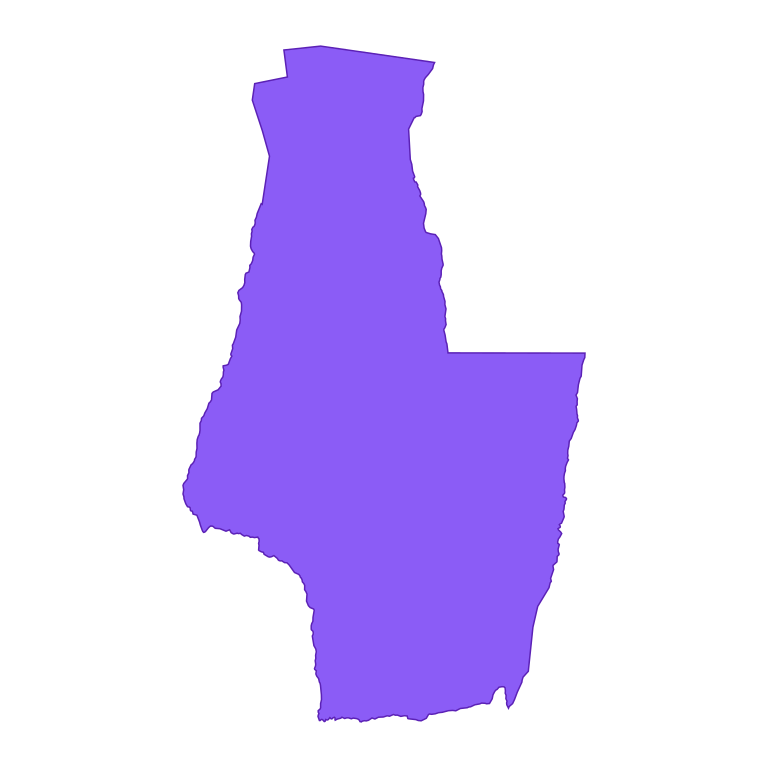 Ullum, San Juan, Argentina (Equal Earth projection)
{"feature_id": "61730980B46716169011508", "entity_name": "Ullum", "entity_type": "district", "adm_level": 2, "iso_a3": "ARG", "parent_name": "Argentina", "parent_adm1": "San Juan", "projection": "equal_earth", "projection_center": [-68.925, -31.048], "detail": "fine", "context": "isolated", "style": "filled", "palette": "violet", "viewbox_px": 768, "rotation_deg": 0, "n_neighbors": 0, "source": "geoboundaries", "source_scale": "gbopen_adm2", "svg_char_len": 6116}
<svg xmlns="http://www.w3.org/2000/svg" viewBox="0 0 768 768"><path d="M261.2,203.7L257.2,213.5L256.4,217.2L255.0,220.2L255.2,222.9L254.9,224.5L254.0,226.5L252.9,227.2L251.8,229.4L252.1,231.3L251.4,233.8L251.6,236.3L250.7,241.4L250.5,246.2L251.1,248.7L252.7,251.6L254.2,253.2L254.5,254.2L253.1,257.2L252.7,260.4L252.0,262.2L251.1,264.0L249.8,265.3L249.9,267.7L248.9,272.0L246.0,273.2L245.3,274.5L244.7,279.5L244.8,282.6L244.0,285.3L242.6,287.6L238.9,290.4L237.8,292.8L238.6,295.6L238.7,298.6L239.3,299.8L241.3,302.4L241.6,305.0L241.5,311.2L240.0,316.5L240.2,320.0L239.8,323.4L236.7,330.0L235.7,337.2L233.3,343.7L232.4,345.2L232.7,348.7L230.8,354.1L231.0,355.1L231.8,356.0L231.7,356.5L230.4,358.6L228.3,364.3L226.5,365.2L223.2,365.8L223.1,367.1L223.9,370.3L223.4,371.9L223.3,374.8L222.9,376.9L221.2,379.3L220.3,381.4L220.4,382.5L221.0,383.4L221.1,386.1L218.1,389.8L213.2,392.0L212.0,393.4L211.5,400.0L210.1,402.1L208.9,403.2L207.3,408.6L204.8,413.0L203.8,415.8L201.5,418.3L201.3,420.6L200.0,423.2L200.0,430.4L199.6,433.1L198.9,435.4L198.3,436.2L197.2,439.6L196.9,443.1L197.0,448.4L196.2,452.1L196.1,456.4L195.7,457.6L194.6,459.3L194.5,460.5L193.8,461.9L192.5,463.7L191.1,464.8L189.1,469.0L188.8,470.0L188.9,472.7L187.5,475.6L187.6,478.5L187.3,479.2L183.8,483.4L183.0,485.4L183.7,489.8L183.0,494.0L183.9,496.8L184.0,498.8L185.8,503.8L187.5,506.7L189.6,507.2L190.1,507.8L190.4,510.2L190.8,510.8L192.4,511.3L193.1,514.1L196.9,515.2L199.5,521.9L200.4,525.2L202.1,529.9L202.8,531.5L203.7,532.4L204.7,532.1L205.6,531.4L208.6,527.6L210.4,526.1L212.1,526.1L213.0,526.4L215.2,528.3L219.9,528.7L226.0,531.2L229.6,529.8L231.2,532.7L233.3,533.9L234.0,534.0L237.2,533.2L238.4,533.6L240.4,533.3L241.5,534.4L244.3,536.1L246.4,535.5L248.9,536.1L250.3,537.3L252.4,537.1L254.5,537.6L257.8,537.1L258.2,538.0L258.9,538.6L259.2,541.1L258.6,543.4L259.0,545.3L258.6,550.0L259.1,550.6L261.3,551.8L263.4,552.3L264.1,554.3L268.3,556.8L269.8,557.1L271.6,556.7L273.9,555.6L277.3,558.4L278.3,560.0L279.2,560.6L280.4,560.9L281.8,560.8L284.5,562.6L287.0,562.8L289.1,564.9L294.5,572.5L298.8,574.4L299.9,575.8L300.4,577.3L301.1,577.9L302.0,579.6L302.4,581.9L303.8,583.5L304.7,585.4L304.6,589.7L305.9,591.6L307.0,594.1L306.5,601.1L308.4,605.7L310.2,607.6L313.6,609.0L314.2,610.3L313.0,617.3L312.9,621.3L311.7,623.7L311.2,625.8L311.2,629.1L311.4,629.8L312.9,631.2L313.2,632.3L313.2,634.2L312.3,636.0L313.9,645.6L315.8,649.0L316.3,651.8L315.6,655.3L315.8,658.4L315.2,660.7L315.7,664.2L315.5,666.0L314.5,668.5L314.7,669.4L316.3,670.7L315.9,673.6L316.0,674.4L316.8,676.2L318.6,678.6L319.4,682.1L320.1,683.3L320.5,685.5L321.4,694.8L321.5,699.6L320.6,703.6L320.6,707.8L320.1,709.0L318.2,710.6L318.2,712.1L318.9,713.5L318.2,715.2L318.0,716.5L319.4,720.5L320.0,720.6L321.3,719.5L321.9,719.4L322.8,719.9L324.2,721.5L324.7,721.5L325.3,721.0L325.7,719.5L327.1,720.0L328.3,719.6L329.9,717.6L331.2,718.9L332.1,718.8L333.2,717.7L334.4,717.3L335.1,718.1L335.0,719.6L335.2,720.2L337.2,719.1L340.8,718.2L341.9,717.2L344.7,718.5L346.9,717.8L348.7,717.9L351.3,718.8L353.2,718.1L356.6,718.6L358.0,719.1L359.3,720.1L360.0,721.6L361.4,721.9L362.2,721.2L364.3,720.7L366.2,720.9L368.5,720.3L372.0,718.0L374.9,719.0L378.5,717.2L383.4,717.0L387.1,715.8L389.6,716.2L393.4,714.5L395.3,715.2L397.4,715.1L400.8,716.4L404.4,715.7L407.2,716.0L407.8,718.5L408.7,718.8L415.9,719.6L418.2,720.5L421.2,720.8L426.3,718.3L428.5,714.5L429.5,714.0L431.6,714.3L435.3,713.8L438.5,712.7L442.3,712.3L448.4,710.7L452.7,710.4L455.8,710.8L460.3,708.5L467.4,707.7L468.8,707.0L470.6,706.8L474.8,704.8L479.7,703.9L481.6,703.1L485.1,703.3L486.6,703.8L489.5,703.5L492.2,698.8L493.0,694.8L494.8,691.3L496.2,689.8L497.1,689.4L499.0,687.2L502.0,686.7L504.0,686.8L505.1,687.9L505.4,690.9L505.2,693.2L506.1,695.4L505.9,698.7L507.0,701.2L506.6,702.9L506.8,704.8L508.5,708.2L509.2,706.5L512.6,703.6L514.6,699.3L517.3,692.1L521.9,682.1L522.1,680.3L523.0,677.2L528.3,671.3L532.9,627.3L537.7,606.4L549.0,587.7L550.1,583.0L551.3,581.3L550.6,578.4L553.6,569.6L553.0,566.4L553.1,565.3L556.8,562.0L557.0,561.3L557.2,556.4L558.9,554.8L559.1,553.9L558.3,551.6L558.1,549.2L559.3,544.7L558.8,543.9L557.8,543.4L557.7,541.6L558.4,538.9L559.8,537.1L561.7,533.6L560.7,532.0L558.3,529.7L558.0,528.6L560.1,527.4L560.3,526.2L559.3,524.7L560.2,523.8L561.5,523.2L564.0,517.4L564.2,516.4L563.2,511.5L564.0,509.1L564.3,505.0L565.2,503.3L565.0,501.4L566.4,499.5L566.5,498.6L565.6,497.5L563.4,497.0L562.8,495.7L562.9,495.1L564.5,493.3L564.7,492.2L564.5,489.8L564.9,487.2L564.7,483.3L564.3,482.5L563.9,478.6L564.0,476.2L564.5,473.3L565.4,470.7L565.3,468.5L565.6,466.4L567.2,462.2L568.5,459.9L567.5,458.3L568.0,455.6L567.7,453.5L567.8,450.2L568.8,446.2L569.3,441.1L571.2,438.5L573.4,432.3L575.0,429.6L576.4,425.5L576.9,422.8L578.3,421.1L578.3,420.2L577.4,417.8L577.5,415.5L577.0,414.0L576.6,409.2L576.1,406.6L576.3,405.9L577.2,404.9L577.1,401.5L577.4,398.7L576.0,395.1L577.5,392.5L578.4,384.7L580.0,378.3L581.2,376.2L582.0,365.2L583.7,359.9L584.8,357.6L585.0,353.1L448.0,352.9L446.9,343.9L446.1,341.8L445.1,335.1L443.8,330.1L443.9,329.2L444.8,327.8L446.1,324.6L445.5,320.7L445.6,318.7L444.9,316.5L446.0,308.9L444.9,304.6L445.0,301.4L443.6,296.5L443.4,294.5L441.8,291.2L441.8,290.4L440.7,289.0L440.3,286.4L439.6,285.3L439.0,282.1L439.9,279.6L439.9,278.5L440.8,277.1L441.2,274.6L441.2,270.7L441.8,268.1L443.1,265.3L443.1,264.1L442.0,259.1L441.8,255.9L441.4,254.0L441.7,250.7L441.5,247.7L438.4,238.5L435.3,234.6L430.5,233.8L426.2,232.5L425.5,231.6L424.1,228.0L423.5,223.3L425.8,213.7L426.2,209.4L425.6,207.7L424.5,205.6L424.2,203.4L423.7,201.8L419.8,195.9L420.6,194.7L420.6,193.2L419.7,190.5L417.6,186.7L417.8,184.9L416.1,182.0L415.0,182.0L414.6,181.5L413.6,179.4L413.4,178.2L414.4,177.7L414.7,176.7L412.6,171.1L411.8,164.4L410.3,159.5L408.6,129.1L414.2,117.7L414.8,117.7L416.1,116.4L420.4,115.6L421.2,114.3L422.1,111.7L421.9,108.7L423.5,100.9L423.6,94.4L423.0,91.6L422.9,88.6L422.9,87.4L423.7,84.4L423.7,81.2L424.1,79.9L425.4,77.7L428.4,74.3L432.6,68.6L433.5,64.8L434.6,62.5L320.6,46.1L283.9,50.0L287.4,77.0L254.7,83.6L252.3,100.1L262.4,130.9L269.5,156.2L262.2,204.3L261.2,203.7Z" fill="#8b5cf6" stroke="#5b21b6" stroke-width="1.5"/></svg>